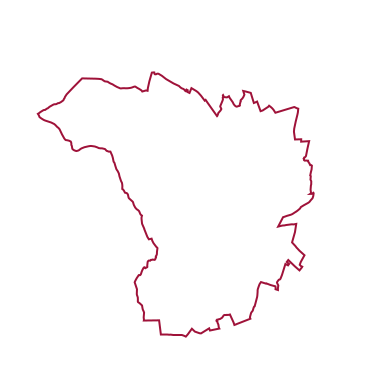 Cucerdea, Mures, Romania, rotated 74°
{"feature_id": "2599482B79470279503619", "entity_name": "Cucerdea", "entity_type": "district", "adm_level": 2, "iso_a3": "ROU", "parent_name": "Romania", "parent_adm1": "Mures", "projection": "robinson", "projection_center": [24.246, 46.395], "detail": "fine", "context": "isolated", "style": "outline", "palette": "rose", "viewbox_px": 384, "rotation_deg": 74, "n_neighbors": 0, "source": "geoboundaries", "source_scale": "gbopen_adm2", "svg_char_len": 5933}
<svg xmlns="http://www.w3.org/2000/svg" viewBox="0 0 384 384"><g transform="rotate(74 192 192)"><path d="M329.3,237.8L327.7,235.3L323.4,229.8L327.0,227.7L329.9,223.6L330.4,222.3L327.8,213.1L330.1,212.9L330.8,203.4L329.9,203.6L326.6,203.2L324.7,203.5L323.7,203.3L323.2,203.6L323.0,203.9L322.5,204.0L321.9,203.6L321.6,203.0L321.9,201.9L321.7,201.4L321.8,200.0L321.2,197.9L320.8,197.3L319.4,195.6L319.2,194.9L319.2,194.5L319.7,193.1L319.7,192.4L319.9,192.1L320.0,191.4L320.3,190.4L320.2,189.3L328.9,188.0L331.5,187.9L329.9,170.8L328.6,170.9L327.6,170.4L324.8,168.7L324.2,168.2L322.8,166.3L320.4,164.8L319.3,163.9L319.2,163.3L311.0,158.4L309.7,157.8L306.2,156.5L304.5,156.0L303.5,155.5L301.3,154.0L299.4,152.6L298.6,151.8L298.2,151.2L297.6,150.5L300.5,146.1L300.3,145.8L303.1,142.1L305.7,137.8L307.1,138.0L308.5,138.5L309.9,136.4L308.1,135.9L305.6,134.8L303.4,135.2L302.6,135.3L301.8,134.8L300.3,132.8L300.2,131.4L299.7,130.8L296.6,128.4L287.0,122.1L289.0,119.9L287.9,118.5L285.4,120.2L283.9,118.2L291.7,113.7L297.0,110.3L294.8,107.2L294.2,106.6L293.2,107.7L291.7,108.5L289.6,107.0L288.8,106.3L283.8,101.3L278.2,104.8L274.1,106.9L272.7,107.4L268.1,109.7L267.7,109.5L259.0,104.1L251.4,100.6L251.2,103.1L250.5,105.2L250.1,108.0L249.7,110.5L249.6,112.3L249.2,114.0L249.1,115.6L249.0,118.7L241.3,111.4L241.3,110.2L241.1,107.2L241.1,103.4L240.9,101.7L239.2,96.2L238.7,95.0L237.6,92.6L236.9,92.0L236.5,91.5L235.6,88.3L234.5,83.5L234.0,82.0L232.5,79.9L231.4,78.1L230.9,77.6L229.2,76.5L226.7,75.4L226.2,75.6L226.7,76.7L226.8,77.4L226.4,78.9L226.1,77.9L222.5,77.4L218.5,75.9L217.5,75.3L214.5,74.4L212.8,74.7L209.6,73.5L209.1,73.5L208.7,73.8L205.8,72.3L203.2,70.8L199.7,69.5L199.2,69.8L198.7,70.6L198.7,71.0L197.8,71.2L197.2,71.1L196.9,71.2L195.8,71.7L194.9,71.8L194.6,72.0L193.9,71.8L193.2,73.7L192.9,75.0L192.3,75.5L191.4,75.3L190.8,75.5L190.5,75.0L190.0,74.8L190.1,74.5L189.7,74.0L189.6,73.6L189.1,72.8L188.6,72.4L181.8,68.9L175.4,65.4L173.7,73.2L171.4,72.5L169.9,78.5L162.2,77.4L159.3,76.3L152.7,72.8L146.6,69.3L144.7,68.3L141.2,66.9L140.1,68.5L139.2,69.4L138.5,70.3L138.8,90.0L135.4,91.0L133.5,91.9L131.9,92.9L130.3,94.1L131.1,95.2L132.6,100.0L133.1,101.6L133.2,103.8L123.0,104.5L123.4,106.9L123.5,108.0L112.9,108.2L110.2,112.7L109.0,114.9L112.9,114.8L113.7,115.5L114.6,116.2L116.0,117.8L117.1,119.8L117.5,120.1L118.2,120.1L118.5,120.3L118.8,120.7L119.5,121.0L120.6,121.7L121.1,122.0L121.8,122.0L122.1,122.2L122.3,122.6L122.2,123.6L122.3,125.0L122.2,125.7L121.5,126.5L120.5,127.1L119.1,127.7L116.9,128.1L111.7,129.9L110.1,130.1L110.7,132.3L109.5,135.3L107.8,135.3L107.4,135.4L107.6,135.7L108.8,135.7L109.6,136.4L111.4,136.7L112.4,137.3L117.2,141.1L117.6,141.3L120.2,140.9L120.6,141.1L121.6,142.2L123.3,144.9L124.4,145.6L125.9,146.8L126.0,147.0L110.3,152.5L107.2,153.5L107.7,154.6L101.9,156.8L98.0,158.7L96.2,160.0L92.0,163.9L96.1,167.1L94.7,168.7L94.3,168.5L94.1,168.8L93.0,168.1L92.0,169.1L93.2,170.4L93.0,170.6L91.3,171.3L90.4,172.1L89.4,173.4L88.1,174.4L86.5,175.3L82.6,179.8L76.3,185.8L72.0,188.9L69.1,191.6L68.7,192.6L68.7,193.3L68.9,193.7L68.8,194.7L68.6,195.2L68.0,195.5L66.7,195.3L66.3,196.5L66.3,197.3L66.2,197.7L73.9,202.5L80.0,205.8L82.5,206.8L82.4,207.1L81.9,207.7L81.7,208.4L81.7,212.1L80.6,212.5L79.9,213.0L77.8,214.9L77.2,215.6L75.1,217.4L74.9,217.8L74.8,218.5L75.0,221.0L75.0,222.1L74.8,223.7L74.4,225.9L73.3,229.3L73.0,230.7L72.9,231.5L72.6,232.4L70.4,235.1L68.2,237.3L66.6,238.7L65.1,240.6L63.4,242.2L62.8,242.6L61.6,245.3L60.3,246.5L59.4,247.1L58.6,248.0L57.6,250.3L56.5,253.5L52.5,266.3L58.6,277.1L63.6,285.6L65.6,287.9L66.8,288.8L67.2,289.4L68.3,290.3L68.6,290.9L69.5,293.4L69.7,294.4L69.9,295.5L69.7,296.0L69.7,296.6L70.1,298.1L70.0,299.1L69.7,300.2L69.8,301.3L70.8,305.4L71.8,307.6L71.9,308.7L72.6,310.5L72.4,311.5L72.4,312.3L73.4,315.8L74.0,317.2L74.4,318.6L76.0,318.1L78.0,317.9L79.7,316.6L81.8,314.7L82.8,313.5L86.4,308.2L88.7,305.7L89.9,304.9L92.6,303.5L93.4,302.8L95.2,302.0L100.7,301.1L105.4,300.0L106.8,299.4L107.3,299.0L107.7,298.0L108.7,296.2L110.0,294.7L110.9,294.5L112.0,294.6L113.5,295.0L114.6,294.8L117.0,295.1L117.9,295.0L119.2,294.0L119.8,293.3L120.7,292.0L120.8,291.1L120.8,289.9L120.6,288.9L119.9,287.3L119.6,286.0L119.3,283.1L119.5,279.0L119.7,277.3L119.9,276.4L120.5,275.0L121.5,272.8L123.1,270.6L124.1,269.5L124.9,267.7L125.2,266.5L126.5,264.2L126.9,263.7L128.6,262.9L129.1,262.5L129.4,261.9L129.8,261.5L130.2,261.0L130.7,259.3L135.0,258.7L137.5,258.7L141.2,259.0L142.7,258.5L145.6,258.5L149.1,258.4L150.5,258.0L151.3,257.7L154.0,257.2L157.0,257.4L161.8,257.2L164.0,256.8L165.6,257.0L167.1,257.3L168.6,257.8L169.9,258.2L170.6,257.6L171.8,257.1L174.2,256.6L175.1,255.0L176.6,254.3L180.0,254.5L180.7,254.3L184.9,251.7L185.6,251.5L188.0,251.5L188.8,251.4L191.2,250.9L192.6,250.3L193.5,249.8L194.2,249.1L195.5,248.3L195.9,248.1L198.7,247.8L199.5,247.6L200.3,247.1L200.9,246.6L202.5,247.5L203.8,247.9L208.4,248.7L209.2,248.7L214.2,248.0L214.5,248.1L222.7,247.3L225.6,246.5L225.7,243.7L228.0,243.6L230.6,243.1L235.0,241.4L235.4,241.1L236.1,240.7L236.5,240.7L239.7,242.1L242.1,242.9L242.6,243.3L243.4,243.8L243.6,244.0L243.7,244.4L244.0,244.6L245.2,244.7L245.6,245.4L246.2,245.7L246.7,246.0L246.8,246.2L246.9,246.7L246.7,247.3L246.1,248.3L246.2,249.4L245.9,250.0L246.0,250.4L246.5,251.1L246.4,251.5L246.1,252.0L246.0,252.5L246.5,253.5L247.0,253.9L250.4,255.3L251.7,255.6L251.9,255.8L252.1,256.7L252.4,257.9L252.2,258.1L251.3,258.3L251.2,258.7L251.5,259.4L253.1,261.0L254.7,262.3L256.8,263.7L257.5,264.5L257.6,264.8L257.6,265.1L257.3,265.6L257.2,265.9L257.4,266.3L259.6,268.9L260.8,270.1L262.2,271.4L263.0,272.0L270.3,271.7L274.9,273.2L275.9,273.3L277.3,273.2L278.6,273.2L281.3,273.9L281.9,274.2L282.5,274.2L283.0,274.2L284.3,273.1L285.6,272.3L287.3,271.3L289.9,271.6L291.4,271.7L293.3,271.4L294.7,271.3L299.2,273.0L302.0,273.5L302.3,273.7L306.3,259.0L320.4,261.2L322.1,255.3L322.9,253.3L323.2,251.9L324.3,249.4L326.7,241.1L327.9,239.4L329.3,237.8Z" fill="none" stroke="#9f1239" stroke-width="2"/></g></svg>